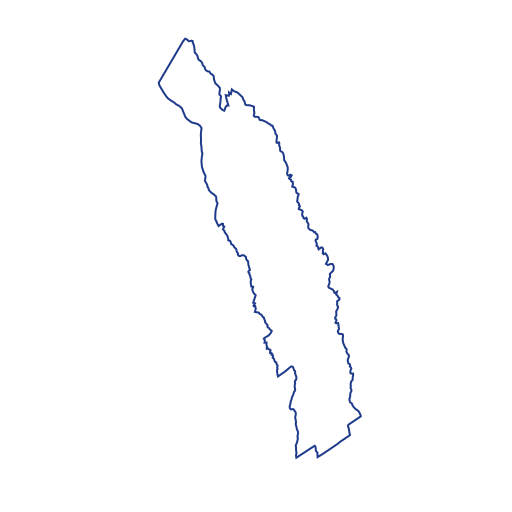 outline of Gatundu North, Central, Kenya, rotated 30°
{"feature_id": "3690345B74397299237573", "entity_name": "Gatundu North", "entity_type": "district", "adm_level": 2, "iso_a3": "KEN", "parent_name": "Kenya", "parent_adm1": "Central", "projection": "equal_earth", "projection_center": [36.831, -0.916], "detail": "fine", "context": "isolated", "style": "outline", "palette": "blue", "viewbox_px": 512, "rotation_deg": 30, "n_neighbors": 0, "source": "geoboundaries", "source_scale": "gbopen_adm2", "svg_char_len": 6150}
<svg xmlns="http://www.w3.org/2000/svg" viewBox="0 0 512 512"><g transform="rotate(30 256 256)"><path d="M179.6,127.7L175.2,128.6L172.4,130.1L171.0,130.2L168.6,127.7L167.0,127.1L165.1,125.3L158.6,123.7L157.5,123.7L154.7,124.3L151.8,123.8L153.3,128.3L152.2,128.3L151.0,128.0L152.1,129.6L152.3,130.9L149.4,131.8L151.6,134.5L156.9,139.5L155.4,140.4L155.2,142.3L155.9,146.0L154.4,146.3L152.0,145.8L150.4,145.3L149.4,143.7L148.0,139.9L146.7,137.6L146.2,135.7L145.1,134.8L143.9,134.6L143.0,133.6L141.5,129.7L140.6,128.5L138.2,127.6L134.9,126.9L133.8,126.3L131.5,124.2L129.5,121.5L127.6,120.7L125.7,120.8L123.3,119.6L122.1,120.2L120.4,120.3L119.2,120.0L118.2,119.4L117.2,118.1L114.3,117.3L113.3,116.1L111.3,114.9L108.4,114.7L107.7,114.4L105.1,111.9L102.7,110.7L101.4,110.5L100.7,109.7L99.8,108.3L97.7,105.5L95.4,103.3L94.6,102.9L93.7,101.5L92.4,101.8L91.3,103.0L90.4,103.6L88.0,103.0L86.0,103.2L85.5,106.4L85.1,154.5L87.0,156.5L93.9,160.4L98.4,162.6L100.9,163.5L104.4,163.9L108.5,164.0L111.1,164.6L114.3,164.4L117.9,165.1L125.4,171.0L128.1,171.9L133.5,172.5L139.6,170.8L142.7,171.3L144.9,172.5L147.3,178.1L150.5,183.2L152.2,186.4L153.7,188.1L157.0,192.9L158.2,193.8L159.7,197.6L161.4,201.3L164.5,205.7L168.6,209.5L172.0,211.7L172.9,213.1L174.2,216.5L178.1,218.7L179.5,220.4L180.7,220.9L182.3,222.5L185.5,223.5L189.2,223.8L190.0,224.2L191.1,224.2L192.0,224.8L194.3,228.3L196.3,229.5L197.8,235.3L198.7,237.8L201.9,243.9L203.5,245.4L204.5,245.7L205.1,246.5L208.6,248.8L210.3,245.1L211.3,244.7L211.9,245.8L212.7,246.5L213.8,246.4L214.0,249.4L216.2,250.1L217.1,251.1L220.8,252.6L223.5,255.1L224.1,256.2L225.0,256.2L225.9,255.8L226.9,256.4L228.5,258.0L231.2,258.2L232.9,259.3L235.0,259.7L236.2,260.7L237.2,261.9L239.2,262.8L239.6,263.9L241.5,264.5L242.7,263.6L243.3,262.6L244.0,262.0L245.1,261.5L247.8,261.9L248.9,263.4L250.6,264.4L251.5,264.4L252.4,265.4L253.8,267.4L257.7,271.1L257.3,272.2L257.2,273.4L258.1,274.2L258.9,274.2L259.4,275.2L261.1,276.2L262.5,278.1L263.7,278.6L263.9,279.9L264.5,281.4L267.2,284.8L268.9,284.1L269.3,285.0L269.3,286.5L270.1,287.5L272.5,289.3L275.3,290.1L276.9,297.8L278.8,297.5L278.7,300.3L279.6,300.6L280.4,299.8L282.1,301.7L283.0,305.0L286.8,303.6L288.0,304.3L290.2,304.2L292.4,305.4L293.5,305.3L294.3,306.2L296.3,307.7L296.9,308.7L300.8,310.3L301.3,311.6L302.2,311.9L303.2,311.9L305.0,312.7L307.1,313.0L307.3,315.3L306.8,318.2L304.4,322.6L304.1,323.7L305.4,324.2L306.2,325.4L306.7,326.8L308.4,325.7L309.6,327.9L310.7,328.8L311.1,330.0L311.7,330.9L312.4,330.0L313.8,330.4L314.9,330.1L315.8,330.4L316.1,331.9L316.7,332.9L317.9,332.4L318.8,332.6L318.8,333.7L319.9,333.5L320.9,334.2L321.3,335.8L322.9,336.0L324.4,337.5L325.8,338.2L326.8,338.0L327.6,339.1L328.7,339.8L329.5,340.0L330.2,342.2L331.1,342.9L331.2,344.4L334.1,348.2L335.3,349.3L339.2,340.8L341.5,334.3L342.5,333.7L343.4,333.6L346.2,335.9L347.3,336.1L348.1,337.1L348.5,338.1L351.6,340.7L352.6,343.1L352.2,344.4L352.5,345.5L353.4,346.3L353.8,347.7L354.9,350.0L356.6,351.9L357.1,353.1L356.9,354.6L357.7,358.0L357.7,359.7L358.6,363.1L358.7,364.5L359.3,365.6L360.4,369.5L361.3,370.8L362.7,371.5L364.6,370.1L365.6,370.1L368.5,371.6L369.6,373.1L370.5,376.0L373.8,379.9L374.2,381.4L378.1,385.6L380.1,387.1L380.9,388.3L382.4,392.0L383.5,393.0L384.7,396.8L385.2,400.4L386.2,401.5L388.1,404.6L388.9,405.4L389.8,406.9L390.4,408.8L391.8,410.5L401.7,391.0L402.7,391.4L403.8,392.5L404.7,394.1L405.6,394.9L407.5,395.6L409.9,399.4L413.0,393.6L420.4,378.4L422.0,374.3L426.3,365.5L426.9,364.0L424.9,361.9L422.3,358.6L421.3,358.0L420.4,356.9L420.5,355.7L426.9,342.5L426.0,341.4L423.2,339.5L421.3,338.9L418.9,338.8L415.6,337.8L414.1,337.0L413.0,335.9L410.7,335.6L409.3,334.4L408.3,333.0L408.1,331.3L406.2,327.4L406.2,325.5L405.6,324.3L403.8,322.9L403.2,321.3L402.2,320.0L401.5,318.4L401.2,317.1L401.6,315.0L400.3,312.4L399.5,310.1L398.8,309.3L397.2,310.3L396.1,310.0L395.0,307.8L394.9,305.9L393.8,305.0L392.5,304.8L392.1,303.4L391.2,302.8L389.6,302.8L387.4,300.3L386.7,296.4L385.8,295.3L384.3,295.0L382.7,294.1L381.9,293.3L381.4,291.8L380.6,291.1L379.4,291.0L375.1,287.8L372.7,284.9L371.4,281.8L370.5,280.6L369.6,280.5L367.1,281.8L365.9,281.5L365.2,281.1L364.4,280.0L364.4,277.8L360.7,273.0L359.2,274.1L358.2,274.1L357.9,271.6L357.0,270.7L356.0,270.7L355.3,269.7L355.4,268.0L355.0,266.5L354.3,265.7L353.1,263.8L353.0,260.4L352.4,258.8L351.2,258.3L350.5,257.5L350.2,256.5L349.4,255.7L348.9,254.3L349.7,253.0L349.9,251.6L349.2,250.6L348.0,250.7L346.9,249.8L344.6,249.2L344.0,246.6L343.2,248.0L342.3,248.7L341.2,247.6L339.1,246.7L335.0,247.0L333.8,246.3L333.2,242.8L332.8,241.8L330.8,239.5L330.6,237.0L328.9,234.6L330.1,230.4L329.7,228.3L328.4,226.0L326.3,224.7L324.5,225.7L322.8,227.9L320.5,227.8L320.3,223.2L319.5,222.0L317.7,220.3L314.8,219.0L313.6,220.7L312.4,220.3L311.9,218.7L311.1,217.9L310.9,216.5L310.1,215.9L309.0,215.6L308.1,216.0L307.6,217.5L306.9,218.9L306.1,218.2L305.3,217.2L304.3,216.8L303.3,216.9L302.8,215.5L301.8,214.3L300.0,213.1L299.6,211.9L300.6,210.7L300.2,209.1L299.0,207.3L298.0,206.6L296.7,206.7L295.3,205.7L294.5,206.3L292.2,205.6L290.1,206.3L288.0,205.9L287.1,205.3L286.3,204.2L285.7,202.4L285.0,201.8L282.6,200.6L281.6,198.5L280.5,197.7L279.4,199.5L278.1,199.4L277.2,198.3L276.0,198.0L275.0,196.6L274.5,195.3L274.3,194.1L273.3,193.6L272.3,193.5L269.6,194.0L269.1,192.8L269.3,191.2L268.6,190.5L267.7,190.5L267.2,189.4L266.2,188.8L264.4,188.3L262.5,183.6L262.4,182.2L261.9,181.0L259.7,181.1L258.7,180.3L257.7,178.8L256.4,177.6L255.4,177.2L252.7,177.8L252.3,176.7L252.3,175.6L250.6,173.3L249.8,173.7L248.9,173.5L248.2,172.5L245.8,172.4L245.7,171.2L246.6,170.1L246.5,168.3L244.9,168.5L244.4,169.8L243.2,170.3L242.4,169.8L241.7,169.0L240.3,165.3L239.0,163.2L235.1,160.1L232.6,159.0L229.9,155.2L228.1,153.5L226.9,152.9L224.6,152.9L223.8,152.1L223.1,150.8L222.3,149.9L220.8,148.7L219.8,146.7L218.9,146.1L218.1,147.3L217.2,147.6L216.5,146.7L214.7,142.6L213.8,141.1L211.8,140.4L209.8,138.0L207.5,136.8L205.1,134.9L203.9,135.4L202.6,134.9L200.8,135.1L198.0,134.8L193.3,135.3L191.9,136.2L191.0,136.2L189.4,134.8L188.1,134.6L185.4,136.0L184.1,135.8L183.6,134.9L183.4,133.7L182.9,132.7L180.9,130.2L180.3,128.8L179.6,127.7Z" fill="none" stroke="#1e3a8a" stroke-width="2"/></g></svg>